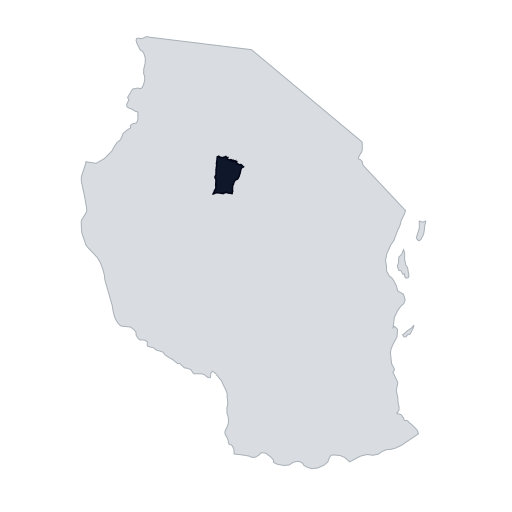 Igunga, Tabora, United Republic of Tanzania shown in context, rotated 7°
{"feature_id": "72390352B54001884070734", "entity_name": "Igunga", "entity_type": "district", "adm_level": 2, "iso_a3": "TZA", "parent_name": "United Republic of Tanzania", "parent_adm1": "Tabora", "projection": "natural_earth1", "projection_center": [33.703, -4.378], "detail": "fine", "context": "in_parent", "style": "filled", "palette": "ink", "viewbox_px": 512, "rotation_deg": 7, "n_neighbors": 0, "source": "geoboundaries", "source_scale": "gbopen_adm2", "svg_char_len": 8054}
<svg xmlns="http://www.w3.org/2000/svg" viewBox="0 0 512 512"><g transform="rotate(7 256 256)"><path d="M191.5,372.4L186.2,369.1L181.3,367.1L177.3,364.9L175.6,362.8L171.8,362.0L168.6,361.6L165.6,359.6L159.5,358.9L158.8,357.5L158.7,354.6L157.6,353.8L155.4,353.1L152.9,353.1L151.5,353.5L150.6,353.3L148.6,351.6L146.8,349.4L146.0,345.9L143.2,343.6L140.0,341.8L131.0,342.0L129.6,341.4L127.4,339.7L124.9,336.7L122.9,333.4L121.1,328.8L119.3,322.6L108.9,298.1L107.8,293.4L105.8,288.3L102.5,281.9L99.0,277.2L94.2,273.0L88.8,268.7L85.9,265.9L80.3,254.3L79.2,248.9L78.3,243.3L78.7,241.0L82.1,233.8L82.5,231.8L82.0,229.0L80.3,223.3L78.1,216.3L73.7,203.6L73.1,200.3L73.1,197.9L75.7,185.0L75.7,183.2L86.0,183.5L93.6,177.8L100.2,169.3L101.5,165.8L104.1,160.4L106.8,157.7L107.8,155.8L109.3,150.4L112.7,146.7L116.1,143.9L115.4,141.9L115.9,141.2L117.7,139.7L121.3,138.4L122.0,135.6L122.0,132.4L121.4,130.6L121.5,128.5L121.0,127.4L118.6,127.1L115.2,125.5L112.2,124.8L110.3,123.9L109.5,123.2L109.2,121.2L110.8,116.3L109.2,114.3L112.8,106.1L113.5,105.1L114.8,104.9L116.9,104.1L118.8,103.7L120.4,104.0L121.5,103.6L122.5,102.7L123.4,99.9L124.1,95.3L123.7,91.5L122.2,88.6L121.8,84.1L122.5,78.1L122.0,73.2L120.3,69.2L118.6,66.8L116.0,65.7L112.0,59.6L110.7,56.7L110.9,54.8L112.4,54.1L114.9,54.3L117.4,53.6L119.7,52.0L121.9,51.5L123.1,51.8L226.4,51.8L347.1,129.7L347.6,130.6L348.5,137.3L348.3,139.6L346.5,143.5L345.9,145.5L345.9,146.9L346.3,147.4L347.9,147.6L349.3,148.6L349.8,149.3L350.8,152.2L352.1,153.7L397.9,191.9L398.9,192.5L398.3,195.7L395.7,203.5L395.5,206.7L394.5,210.5L393.5,213.0L390.9,224.0L388.6,228.1L385.6,237.7L385.1,245.0L386.8,250.2L387.4,255.0L390.9,259.7L393.7,261.4L395.6,263.5L399.0,268.5L400.9,273.4L407.0,275.9L409.4,281.4L408.5,285.2L405.7,288.4L403.0,293.5L400.8,300.2L400.8,310.5L402.2,309.0L405.4,311.5L405.8,319.1L402.4,327.9L401.4,332.0L401.2,335.6L403.6,346.1L407.2,351.5L406.9,353.2L406.0,354.6L412.2,364.2L411.6,372.4L413.9,378.9L414.9,384.5L416.5,388.8L416.7,391.7L414.8,395.0L419.3,395.8L422.0,398.5L423.2,401.1L426.5,401.0L428.3,402.7L430.9,404.2L436.5,408.5L438.0,410.6L438.9,412.7L423.3,426.3L417.6,429.8L413.6,431.4L409.3,432.3L405.2,434.5L401.4,437.8L396.4,439.5L390.4,439.5L384.1,441.9L374.1,448.9L368.3,445.0L363.8,443.8L358.6,443.9L355.4,444.4L354.3,445.3L353.3,447.6L352.4,451.6L349.0,455.3L343.0,458.9L337.4,460.3L332.4,459.4L329.0,457.9L327.2,455.8L324.5,454.8L321.1,455.0L317.7,456.5L314.5,459.3L309.5,460.5L302.5,460.1L298.7,458.8L298.2,456.4L295.2,453.7L289.6,450.5L285.5,450.5L282.8,453.5L280.4,455.4L278.2,456.2L276.2,456.3L273.4,455.4L265.7,455.1L258.4,455.2L257.7,450.9L256.2,448.2L254.8,446.6L252.3,446.2L251.6,445.0L250.8,442.3L249.5,439.9L247.9,438.0L246.9,436.2L246.6,434.6L246.8,432.8L248.4,428.3L248.9,425.2L248.7,422.1L247.9,418.9L246.1,415.0L246.3,413.9L245.7,411.3L245.7,409.5L246.0,407.2L245.7,404.2L244.2,397.8L244.2,396.1L242.6,393.0L237.8,385.7L237.5,384.7L229.9,377.3L226.9,375.7L225.8,377.1L225.3,378.4L225.7,380.8L225.5,381.9L225.2,382.5L223.3,382.4L222.2,382.1L219.3,380.1L217.1,379.6L211.5,380.0L209.5,380.5L208.0,380.0L205.0,376.6L201.6,375.9L198.5,375.7L193.3,371.9L191.5,372.4ZM407.8,249.0L410.3,257.1L410.0,258.6L408.2,259.6L407.3,259.6L406.2,258.4L405.4,255.6L404.1,256.3L401.8,253.0L399.5,252.8L397.5,248.9L398.3,245.5L397.9,239.7L400.3,236.7L401.7,231.7L403.3,235.2L403.7,240.5L405.8,246.7L407.8,249.0ZM420.1,200.6L420.3,202.5L419.8,204.4L419.9,210.1L419.7,213.9L417.8,219.2L416.2,221.1L414.9,220.6L413.8,219.7L412.9,218.3L414.7,208.5L413.8,201.4L417.3,202.1L420.1,200.6ZM414.7,317.8L412.9,318.3L412.2,317.8L411.1,316.2L413.0,314.8L414.9,312.2L419.2,308.4L421.2,305.3L420.8,308.3L418.4,314.9L416.4,315.3L414.7,317.8Z" fill="#d9dde1" stroke="#a8b0b8" stroke-width="1"/><path d="M211.6,162.0L211.4,162.1L211.3,162.3L211.2,162.5L210.9,162.5L210.7,162.4L210.4,162.6L209.7,162.4L209.3,162.3L209.2,162.4L209.0,162.5L208.9,162.6L208.7,162.7L208.4,162.5L208.5,162.4L208.3,162.3L208.2,162.3L208.1,162.2L207.9,162.1L207.8,161.9L207.7,161.8L207.3,161.7L207.3,161.8L207.2,161.7L207.1,161.8L207.1,162.0L206.9,161.9L206.9,162.0L206.8,161.9L206.7,162.0L206.7,161.9L206.4,162.0L206.3,161.9L206.2,162.0L205.9,162.1L205.6,162.1L205.4,162.3L205.5,162.7L205.5,163.1L205.4,163.7L205.5,164.0L205.5,164.3L205.5,164.6L205.7,165.0L205.6,165.3L205.6,165.5L205.6,165.9L205.5,166.4L205.5,166.7L205.5,167.1L205.5,167.6L205.5,168.0L205.5,168.6L205.5,168.9L205.5,169.1L205.6,169.7L205.8,170.2L205.8,170.4L206.1,171.3L205.9,171.9L205.8,172.1L205.9,172.4L205.8,172.5L205.9,174.0L205.8,174.4L205.9,175.2L205.8,175.4L205.8,175.7L206.2,177.2L206.2,177.3L206.1,177.7L206.1,178.2L206.1,178.3L206.1,178.5L206.4,179.1L206.4,179.3L206.4,179.6L206.4,179.9L206.2,180.7L205.6,182.4L205.6,182.5L205.7,183.1L205.8,183.2L206.0,183.3L206.1,183.5L206.1,183.8L206.2,184.0L206.6,184.4L206.9,184.9L206.9,185.1L207.0,185.8L207.2,187.1L207.2,187.4L207.2,187.6L207.2,188.0L207.3,190.2L207.5,191.1L207.6,191.5L207.8,192.3L207.9,192.5L207.8,193.1L207.8,193.5L207.8,194.5L207.7,194.7L207.4,194.9L207.1,195.5L206.9,195.9L206.8,196.3L206.7,196.6L206.6,197.4L206.3,198.3L206.0,199.0L205.8,199.6L206.6,199.5L206.7,199.4L206.9,199.1L207.2,198.9L207.7,198.6L208.3,198.4L209.1,198.0L209.2,197.8L209.4,197.9L209.6,197.7L209.9,197.9L210.0,198.0L210.3,198.0L210.6,198.1L211.0,197.8L211.3,197.8L211.9,197.8L212.4,197.9L212.9,198.0L213.3,198.1L213.8,197.9L214.2,197.9L214.6,198.1L214.9,198.1L215.2,198.0L215.4,198.0L215.7,197.8L215.8,197.8L215.9,198.0L216.0,198.0L216.2,197.7L216.5,197.5L216.9,197.3L217.2,197.2L217.1,196.9L217.6,196.6L217.8,196.8L218.0,196.6L218.2,196.8L218.5,196.7L218.7,196.4L218.9,196.3L219.2,196.2L219.5,196.4L219.9,196.7L220.1,196.8L220.6,196.9L221.4,196.8L222.0,196.8L222.3,196.9L224.7,197.0L224.8,196.4L224.7,195.8L224.7,195.4L224.7,195.1L224.9,194.9L225.0,194.5L224.7,193.6L224.7,193.4L224.5,193.1L224.5,191.8L224.4,191.5L224.4,191.0L224.4,190.3L224.2,189.7L224.2,189.3L224.2,188.9L224.3,188.7L224.6,188.3L224.6,188.2L224.8,188.0L224.8,187.7L224.9,187.3L224.9,187.0L225.0,186.4L225.1,185.6L225.9,183.8L226.2,183.2L226.9,182.7L227.1,182.5L227.6,182.4L227.9,182.2L228.4,181.7L228.8,181.0L229.1,180.3L229.1,180.1L229.1,179.9L229.3,179.4L229.5,179.1L229.6,178.8L229.7,177.3L229.8,176.9L230.0,176.4L230.2,175.3L230.2,174.2L230.4,172.9L230.4,172.2L230.4,171.9L230.5,171.7L230.9,170.6L231.6,169.7L231.9,169.4L232.3,169.2L232.7,169.2L232.8,169.0L232.5,168.9L232.0,168.5L231.9,168.5L231.7,168.4L231.5,168.2L231.4,168.1L231.1,168.1L230.8,167.6L230.6,167.6L230.5,167.4L230.4,167.3L230.1,167.1L229.8,167.0L229.4,167.3L229.1,167.3L228.8,167.4L228.4,167.5L228.1,167.4L227.9,167.3L227.8,167.2L227.6,167.1L227.2,167.0L227.1,166.9L226.6,166.9L226.0,166.3L225.8,166.3L225.6,166.1L225.4,165.9L225.3,165.7L225.3,165.3L225.2,165.2L225.3,165.2L225.2,165.2L224.9,165.1L225.0,165.0L224.9,165.0L224.9,164.9L224.8,164.7L224.7,164.6L224.4,164.5L224.2,164.6L224.3,164.5L224.2,164.5L223.9,164.5L223.9,164.4L223.8,164.5L223.6,164.6L223.5,164.4L223.4,164.3L223.2,164.2L223.1,164.3L222.9,164.4L222.7,164.3L222.6,164.2L222.4,164.2L222.1,164.2L222.0,164.3L222.0,164.2L222.0,164.3L221.9,164.2L221.9,164.3L221.8,164.5L221.7,164.5L221.7,164.4L221.4,164.3L221.5,164.2L221.4,164.1L221.3,164.3L221.3,164.2L221.2,164.3L221.2,164.2L221.0,164.3L221.0,164.2L220.9,164.2L220.7,164.2L220.8,164.1L220.7,164.1L220.4,164.3L220.4,164.2L220.2,164.0L220.0,163.9L219.9,163.9L220.0,163.8L220.0,163.7L219.9,163.6L219.7,163.8L219.7,163.6L219.4,163.5L219.2,163.6L219.3,163.5L219.1,163.4L218.8,163.4L218.5,163.6L218.3,163.8L217.9,163.9L217.7,163.8L216.5,163.7L216.3,163.5L216.1,163.5L215.9,163.4L215.7,163.3L215.6,163.1L215.4,163.0L215.4,162.9L215.5,163.0L215.5,162.9L215.7,162.6L215.8,162.5L215.8,162.4L215.9,162.1L215.7,162.2L215.4,161.8L215.1,161.8L215.1,161.6L214.6,161.5L214.4,161.5L214.5,161.6L214.4,161.7L214.2,161.6L214.1,161.4L214.0,161.5L213.9,161.5L213.9,161.4L213.7,161.5L213.6,161.4L213.4,161.4L213.4,161.5L213.4,161.4L213.3,161.5L213.2,161.6L212.9,161.6L212.6,161.6L212.4,161.8L212.2,162.0L211.9,162.0L211.7,162.1L211.6,162.0Z" fill="#0f172a" stroke="#020617" stroke-width="1.5"/></g></svg>